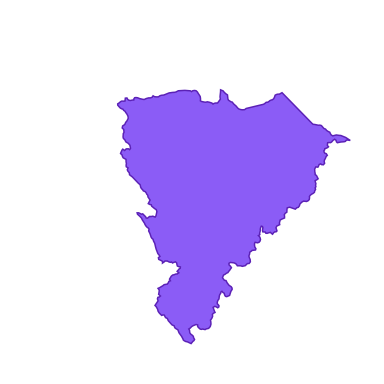 outline of Guaratinga, Bahia, Brazil, rotated 301°
{"feature_id": "56859067B89183133429450", "entity_name": "Guaratinga", "entity_type": "district", "adm_level": 2, "iso_a3": "BRA", "parent_name": "Brazil", "parent_adm1": "Bahia", "projection": "albers", "projection_center": [-39.976, -16.509], "detail": "fine", "context": "isolated", "style": "filled", "palette": "violet", "viewbox_px": 384, "rotation_deg": 301, "n_neighbors": 0, "source": "geoboundaries", "source_scale": "gbopen_adm2", "svg_char_len": 6065}
<svg xmlns="http://www.w3.org/2000/svg" viewBox="0 0 384 384"><g transform="rotate(301 192 192)"><path d="M238.1,86.5L235.5,87.7L234.5,86.4L233.8,85.0L232.6,84.2L230.9,83.7L229.3,82.9L228.2,83.6L227.6,85.3L227.0,87.4L227.1,89.0L227.4,90.2L226.8,91.4L226.7,93.0L226.0,94.3L225.3,96.0L224.3,97.7L223.3,98.7L222.2,99.4L219.3,99.6L217.6,99.3L215.2,99.6L212.9,98.5L210.9,99.2L210.4,101.3L208.1,103.0L206.7,103.0L203.6,104.6L202.6,105.6L202.1,107.6L200.9,109.5L200.9,112.3L200.1,114.7L197.8,116.8L196.2,116.7L196.3,115.3L195.1,113.4L192.9,112.9L193.1,110.6L191.7,110.4L188.2,110.9L187.7,113.0L186.8,113.9L185.9,115.3L185.9,117.0L186.0,118.6L183.7,120.1L182.8,121.0L181.1,121.7L179.8,122.6L179.7,124.8L177.7,125.1L176.8,126.4L176.2,128.3L174.6,129.6L174.2,133.1L171.8,141.8L171.6,143.6L170.7,144.6L169.8,145.4L168.9,146.8L168.5,148.5L167.9,149.7L168.2,151.8L167.6,153.3L166.8,154.4L166.5,155.7L165.1,156.8L163.5,160.2L159.5,160.5L159.6,162.4L160.1,163.7L159.1,164.7L158.5,168.6L158.5,170.4L157.1,172.0L153.0,173.4L151.5,173.3L151.1,170.9L150.0,169.7L149.1,168.2L146.6,167.3L146.1,166.2L146.9,165.0L147.9,161.0L147.0,160.2L146.7,157.0L145.9,155.7L144.9,156.7L144.3,159.7L143.6,162.2L142.6,163.6L140.7,167.5L139.9,168.5L139.1,170.1L138.6,171.9L138.6,173.3L138.0,174.3L136.3,174.9L134.7,177.4L132.2,180.3L131.6,181.6L131.4,183.0L130.2,184.2L128.8,186.5L125.9,189.3L124.4,190.9L121.6,194.5L121.1,196.0L120.3,197.7L118.4,197.0L117.1,198.2L117.4,201.4L117.2,202.6L115.9,203.3L117.6,204.1L118.9,204.4L120.1,206.4L120.2,208.3L120.6,209.7L121.5,210.6L121.1,211.8L123.6,213.7L123.3,215.4L121.9,216.6L121.0,217.6L121.2,219.1L121.8,220.6L120.6,221.2L119.1,220.5L117.9,220.4L116.3,220.1L115.9,222.3L114.1,221.5L113.4,220.4L111.9,219.3L110.9,218.2L109.2,217.6L105.7,217.6L104.8,219.2L103.5,218.2L102.1,218.4L100.4,218.3L98.2,215.8L96.9,215.4L93.5,213.6L91.9,212.5L91.1,214.4L89.3,215.3L87.1,216.1L86.6,218.5L85.3,218.1L84.1,217.0L82.6,217.4L81.2,219.0L75.7,218.7L75.3,220.3L73.8,222.9L72.3,224.4L71.5,226.1L70.9,228.2L70.6,229.6L71.7,230.4L72.2,231.6L70.7,234.0L70.9,236.0L69.5,237.9L67.8,243.3L68.1,245.7L67.2,246.6L66.6,247.8L66.6,250.9L64.6,253.4L63.0,257.2L61.5,259.8L60.7,260.7L60.5,262.0L60.6,263.6L61.2,265.3L61.6,269.3L64.4,269.7L65.6,270.2L67.0,270.1L67.7,268.7L69.0,267.4L69.4,265.9L69.5,264.3L70.2,262.6L72.3,261.0L72.9,259.8L74.5,260.6L76.4,261.0L77.8,261.7L80.5,263.7L81.0,265.3L79.9,265.9L79.2,267.0L78.7,269.6L79.1,270.8L80.0,271.7L80.8,274.1L82.1,274.8L83.3,276.2L84.7,276.8L86.3,276.9L88.5,276.3L90.4,275.0L91.7,273.8L93.1,274.0L94.5,274.0L96.1,273.7L97.6,272.5L99.1,272.8L100.6,273.8L101.8,272.1L104.0,269.5L105.8,270.5L106.0,272.0L106.0,273.7L107.3,274.2L108.4,273.7L108.9,272.5L109.2,271.3L110.5,270.4L112.4,270.0L114.2,270.2L116.9,269.0L118.4,268.6L119.7,268.8L121.2,268.3L122.3,268.8L121.8,270.3L121.8,271.8L120.6,272.9L119.8,274.4L120.2,275.7L122.7,277.5L126.9,276.5L129.1,276.6L130.3,275.8L131.0,274.4L131.1,271.8L132.3,268.8L133.6,266.8L133.0,265.2L134.2,262.3L137.1,261.8L138.2,262.6L140.2,263.4L141.4,264.3L142.8,264.3L144.1,264.6L145.4,264.6L147.4,264.8L148.2,263.2L148.6,261.3L149.9,260.4L151.4,261.2L152.9,264.5L153.1,266.3L152.7,267.7L152.1,268.9L153.8,271.7L154.2,273.4L156.3,275.6L159.1,276.3L160.2,277.8L162.2,278.0L164.1,276.6L165.3,274.9L166.5,273.7L168.6,273.3L170.1,272.5L171.8,273.3L172.9,273.6L175.0,276.3L176.3,276.0L177.2,274.2L178.7,272.9L180.2,272.1L181.4,272.0L182.2,274.4L183.5,275.4L184.9,275.6L186.5,275.2L187.7,274.1L188.6,272.7L188.8,271.4L190.4,272.1L191.5,271.2L194.3,270.4L195.2,269.7L196.6,269.2L198.4,269.0L198.7,270.2L197.8,271.2L196.0,271.9L194.3,273.1L195.4,275.6L194.7,276.5L195.2,277.6L196.6,278.8L197.8,280.0L197.4,281.4L197.3,282.8L199.1,282.9L200.4,283.4L201.2,284.6L202.4,284.9L204.6,282.4L206.4,282.2L209.2,284.0L210.4,282.9L213.4,282.0L215.2,283.1L217.4,284.7L218.9,283.8L220.1,282.8L221.9,282.9L223.5,283.7L226.1,282.3L227.5,281.8L229.3,283.6L230.5,289.4L232.4,289.9L233.6,291.0L235.5,291.2L237.2,290.7L239.7,291.3L241.6,292.3L242.9,295.1L244.4,296.1L245.9,296.4L247.5,295.8L248.5,295.0L249.9,295.0L251.6,295.6L253.1,296.5L254.8,297.1L256.2,296.6L257.8,296.6L259.0,295.4L260.3,295.5L261.5,294.4L263.0,293.9L264.0,292.7L265.1,291.7L266.8,292.7L268.3,293.3L270.3,290.1L270.3,288.7L271.6,287.8L272.5,286.9L274.9,285.3L277.3,285.2L278.1,287.1L279.4,287.1L281.0,286.8L282.4,287.8L282.2,289.0L283.0,290.6L284.9,290.9L286.2,289.6L287.9,289.0L289.0,289.1L291.6,288.7L293.1,289.1L294.0,287.4L293.7,285.8L294.2,284.8L295.2,283.8L296.5,284.0L297.6,283.5L298.9,284.7L300.0,285.4L301.1,285.7L301.7,284.0L304.1,282.9L305.0,284.0L305.6,285.3L306.7,285.9L309.0,286.3L310.7,287.1L310.5,288.8L309.4,290.0L309.1,291.2L311.4,293.7L313.5,296.6L314.4,297.4L315.8,297.6L316.6,298.4L317.7,301.1L317.9,295.6L317.1,290.5L316.3,288.9L315.2,286.3L312.6,283.7L312.6,282.0L313.2,280.7L314.2,279.3L314.0,277.5L314.1,275.6L314.7,274.1L314.4,272.3L315.6,268.7L315.2,267.2L314.3,265.9L313.1,262.4L312.4,261.0L312.6,259.6L323.5,218.0L320.9,216.5L320.1,215.2L319.1,214.2L317.8,213.4L316.1,213.8L314.0,214.0L312.5,213.4L311.6,212.5L310.4,211.7L308.9,211.2L307.9,210.6L307.1,209.4L305.3,208.8L304.0,208.1L291.5,195.4L289.7,194.7L288.5,193.0L287.9,191.7L287.5,190.4L287.3,189.0L287.7,187.3L288.3,185.9L289.0,182.1L289.8,180.3L289.4,179.0L289.5,176.0L290.2,174.9L293.5,172.4L293.6,170.6L294.0,168.5L294.7,166.6L294.3,163.9L292.5,164.9L288.4,166.8L287.2,167.6L286.3,168.5L281.5,168.1L280.2,166.1L279.3,165.3L278.2,164.7L278.5,163.2L277.8,160.4L277.2,158.7L276.0,157.5L275.4,156.2L274.5,153.5L274.5,152.2L276.0,151.5L277.2,150.6L278.1,149.8L278.7,148.7L279.8,146.4L280.5,145.2L280.9,143.3L280.3,141.8L279.2,140.5L277.8,139.9L277.9,138.5L275.4,133.5L271.7,128.1L269.4,126.7L268.3,125.5L267.4,124.1L265.1,121.3L260.6,117.9L259.0,115.8L257.8,114.8L256.4,114.3L255.4,112.9L254.4,110.8L254.4,109.1L252.6,109.0L251.2,107.8L250.3,106.3L248.5,104.6L246.7,103.4L246.1,102.1L245.1,99.0L244.8,96.9L244.1,95.3L243.3,94.3L242.0,94.2L240.9,94.7L240.0,93.4L238.7,92.1L238.1,90.4L238.3,89.2L239.1,87.8L238.1,86.5Z" fill="#8b5cf6" stroke="#5b21b6" stroke-width="1.5"/></g></svg>